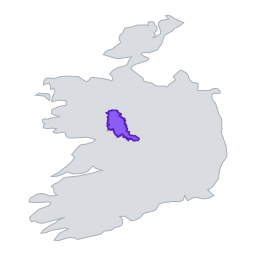 location of Ballinasloe Lea-6, Galway, Ireland
{"feature_id": "5873133B97089647818716", "entity_name": "Ballinasloe Lea-6", "entity_type": "district", "adm_level": 2, "iso_a3": "IRL", "parent_name": "Ireland", "parent_adm1": "Galway", "projection": "natural_earth1", "projection_center": [-8.386, 53.453], "detail": "fine", "context": "in_parent", "style": "filled", "palette": "violet", "viewbox_px": 256, "rotation_deg": 0, "n_neighbors": 0, "source": "geoboundaries", "source_scale": "gbopen_adm2", "svg_char_len": 8658}
<svg xmlns="http://www.w3.org/2000/svg" viewBox="0 0 256 256"><path d="M172.3,31.0L165.3,34.7L164.2,36.1L162.2,41.8L162.0,43.4L157.6,49.6L155.1,50.9L151.3,51.9L149.2,52.9L146.5,52.4L143.2,52.5L141.5,53.6L141.6,54.5L142.6,55.5L148.8,58.4L148.5,59.6L146.7,60.9L135.5,64.3L132.2,66.4L131.0,67.7L132.2,70.0L141.2,76.8L142.7,77.5L144.0,81.4L152.0,83.1L155.2,85.6L158.0,86.2L164.1,85.9L166.5,86.9L167.9,86.2L168.7,84.9L175.4,80.0L173.3,76.5L180.1,70.3L182.0,70.4L185.2,72.3L187.9,74.9L188.8,78.4L191.3,81.5L192.9,82.6L197.3,83.2L198.3,84.4L197.6,89.0L198.2,90.5L209.3,90.4L213.8,88.4L217.6,88.7L219.5,90.8L220.4,92.9L217.1,93.6L213.6,93.2L212.0,94.6L211.9,97.2L213.1,100.7L215.4,103.1L217.3,108.5L218.9,114.6L221.4,118.3L221.9,122.8L221.6,125.0L222.1,129.1L221.1,130.5L221.9,134.3L226.1,146.4L227.0,156.0L225.0,159.5L222.4,162.9L220.7,166.9L219.4,171.3L218.6,178.3L212.9,186.5L210.4,188.5L207.6,189.8L213.9,195.5L208.8,198.1L203.2,198.9L197.0,197.5L193.1,197.6L188.3,200.6L187.1,200.1L184.8,195.4L183.1,200.2L179.5,201.8L173.4,201.4L163.2,202.7L159.3,204.1L157.7,206.3L156.5,208.8L154.9,210.3L153.1,211.1L145.2,212.9L143.6,213.7L140.0,217.7L135.2,220.1L131.2,220.8L127.7,218.4L126.2,217.0L124.6,216.3L119.2,216.4L120.9,217.1L122.0,218.8L122.5,222.0L121.9,225.1L119.2,226.7L116.0,227.0L111.0,230.3L104.3,231.1L100.7,234.1L78.6,239.2L77.4,239.3L74.3,238.0L71.0,237.4L67.7,237.8L58.5,240.6L54.0,240.1L59.8,233.0L67.4,229.5L68.2,228.5L65.7,228.0L51.2,230.5L46.1,232.6L41.0,233.2L43.4,230.0L49.9,225.6L55.6,222.7L58.1,220.2L64.9,217.2L42.8,223.3L37.0,222.5L35.6,220.8L31.1,221.6L29.4,217.6L36.2,211.4L40.1,208.7L44.7,207.3L49.2,205.2L50.9,202.7L48.8,201.9L35.4,202.6L29.0,202.0L29.4,200.0L30.6,197.8L37.3,194.1L40.8,193.5L44.0,193.8L49.7,196.0L57.2,195.3L54.1,192.9L53.6,188.0L51.2,186.4L54.3,184.1L57.8,182.7L63.7,178.0L65.7,177.3L77.3,176.2L89.8,173.7L102.2,170.3L95.9,168.4L92.8,165.9L87.9,171.0L84.4,172.9L74.5,174.0L71.3,173.4L66.9,171.8L65.5,172.4L64.3,173.6L57.7,176.1L50.8,176.7L58.8,172.2L69.1,164.4L71.3,162.0L74.6,157.7L73.6,155.9L71.5,154.8L78.9,146.1L81.5,144.5L86.2,144.2L89.7,142.8L91.2,142.8L92.6,142.3L95.6,139.7L91.0,138.1L86.1,137.2L71.2,138.1L69.2,137.9L67.4,137.1L66.2,136.0L65.3,133.0L64.2,132.3L60.9,132.3L57.5,133.2L55.2,133.1L52.9,131.9L56.6,128.8L51.9,128.1L47.2,128.7L43.3,127.8L43.1,125.9L45.0,124.0L42.6,122.2L42.2,119.9L44.7,118.8L47.4,119.2L52.9,117.5L60.1,116.7L54.0,115.0L51.6,113.6L51.5,111.5L52.0,109.6L59.0,106.5L66.5,105.1L66.0,103.0L66.5,100.8L59.0,100.1L51.5,101.7L52.3,97.5L54.1,93.6L54.5,91.1L54.1,88.4L50.6,89.5L50.3,85.7L48.8,83.1L43.6,84.9L43.7,81.4L45.2,79.0L48.0,77.9L50.7,78.4L55.7,78.4L60.5,76.5L67.4,76.1L78.5,76.6L86.1,81.8L88.1,80.9L91.1,77.6L92.5,77.3L104.0,78.7L111.1,80.5L113.0,79.9L112.0,76.4L109.6,73.9L112.7,70.6L116.4,68.4L118.9,67.3L124.7,65.9L127.2,64.6L128.9,60.4L131.5,56.9L117.0,58.8L103.3,54.6L105.5,51.7L108.4,50.0L113.4,48.8L113.9,47.3L116.4,46.0L120.6,42.7L119.1,38.3L119.9,35.2L122.9,33.1L123.8,30.1L125.2,27.9L131.3,27.2L137.1,25.1L146.2,24.9L148.5,25.7L148.0,22.1L152.3,21.6L153.9,22.3L154.7,24.9L156.6,26.5L157.2,29.3L155.9,31.5L153.8,33.2L155.8,34.9L152.7,38.0L156.0,36.7L160.7,33.6L160.5,31.1L159.6,28.0L158.3,25.2L158.9,22.1L161.6,20.2L168.5,19.2L165.6,15.7L168.2,15.4L171.0,16.1L175.0,18.8L183.7,22.7L179.5,26.1L174.3,28.5L172.3,31.0ZM49.9,98.9L49.7,100.5L46.4,98.4L44.8,96.2L35.7,95.1L39.5,92.9L41.4,93.6L47.8,93.6L49.6,94.6L49.9,98.9Z" fill="#d9dde1" stroke="#a8b0b8" stroke-width="1"/><path d="M107.4,125.9L107.8,126.1L107.9,126.4L107.5,126.5L107.9,127.0L108.0,127.5L107.9,127.6L107.9,127.9L108.0,128.0L108.0,128.3L108.2,128.7L108.4,128.8L108.3,129.3L108.4,129.2L108.5,129.5L108.7,129.4L109.1,128.9L109.4,128.9L109.5,128.9L109.6,129.1L110.0,129.4L110.1,130.0L110.9,130.1L111.5,130.0L111.5,129.9L111.9,129.7L111.9,129.2L112.0,129.1L112.0,129.6L112.6,129.7L112.8,129.7L112.7,129.5L112.7,129.3L113.1,129.1L113.1,129.3L113.5,129.4L113.5,129.8L113.0,130.1L113.4,130.3L113.5,130.4L113.9,130.4L113.8,131.6L113.7,131.7L113.6,131.9L114.6,132.5L114.5,132.8L114.7,133.1L114.6,133.4L115.2,133.6L115.1,134.0L115.2,134.3L115.3,134.6L115.3,134.8L115.6,135.0L116.3,134.9L116.8,135.1L116.8,135.3L117.0,135.6L117.3,135.7L117.3,136.1L117.5,136.3L117.4,136.4L117.1,136.7L117.3,137.1L117.7,137.1L117.9,136.8L118.5,136.5L118.9,136.7L119.1,136.3L119.0,136.2L119.3,136.1L120.3,136.0L120.4,135.9L120.2,135.7L120.4,135.6L120.4,135.4L120.0,135.3L120.0,135.1L120.4,135.0L121.1,135.2L121.3,134.9L121.1,134.7L121.4,134.4L121.7,134.3L121.8,134.1L122.3,134.2L122.4,134.5L122.3,134.8L122.8,134.9L123.0,135.1L123.3,135.1L123.3,135.3L123.6,135.4L123.3,136.0L124.1,136.2L124.3,136.2L124.4,136.3L124.2,136.5L123.8,136.8L123.7,136.9L123.7,137.1L123.1,136.9L123.1,137.1L123.7,137.2L123.9,137.1L124.0,137.3L124.2,137.2L124.2,137.3L124.4,137.3L124.5,137.4L124.9,137.3L124.9,137.0L125.1,137.0L125.7,137.1L125.8,137.2L126.6,137.5L126.4,137.7L127.2,137.7L127.2,137.9L127.3,138.2L126.5,138.2L126.5,138.4L127.3,138.3L127.4,138.6L127.5,138.7L127.8,138.7L127.4,139.1L127.2,139.1L127.1,139.4L127.7,139.6L127.9,139.7L128.2,140.4L128.7,139.7L128.9,139.5L129.1,139.4L129.9,139.5L130.0,139.4L130.0,139.1L129.8,138.8L130.2,138.9L130.2,138.6L130.6,138.5L130.9,138.3L130.9,138.8L131.2,138.7L131.7,138.8L131.8,139.0L131.9,139.3L132.1,139.3L132.5,139.5L132.4,139.7L132.5,139.8L132.9,139.7L133.3,140.1L133.1,140.1L133.2,140.3L133.1,140.5L133.5,140.6L133.8,140.6L134.0,140.7L134.7,140.7L134.8,140.9L135.4,140.5L135.8,140.4L136.1,140.5L136.6,140.4L137.6,140.5L138.0,140.5L138.4,140.0L138.8,139.6L139.0,139.2L139.0,138.9L139.1,138.6L138.9,138.2L138.4,137.8L137.7,137.6L137.5,137.3L137.2,137.1L136.4,137.0L136.3,136.5L136.1,136.4L135.7,136.0L135.1,135.8L135.1,136.0L134.9,136.0L134.7,135.9L134.2,135.9L133.7,135.8L133.3,135.7L133.2,135.6L131.6,135.4L131.2,135.5L130.9,135.5L130.8,135.4L130.7,135.1L129.8,135.0L129.5,134.8L129.5,134.7L129.4,134.6L129.4,134.3L129.1,134.2L129.1,133.9L128.8,133.9L129.0,133.6L129.1,133.3L129.0,133.2L129.0,132.7L129.2,132.2L128.9,132.3L128.6,131.6L128.3,131.6L128.0,131.8L127.9,131.6L127.1,131.5L127.3,131.3L127.4,131.1L127.2,130.9L126.9,130.9L126.9,130.6L126.7,130.5L126.6,130.4L126.5,130.0L127.0,129.6L127.2,129.3L127.2,129.2L127.4,129.1L127.5,128.8L127.5,128.7L127.2,128.5L127.2,128.3L126.9,128.2L126.8,127.8L126.5,127.8L126.1,127.8L126.0,127.7L126.0,127.3L126.0,127.2L125.9,127.0L125.8,126.8L125.8,126.6L126.4,126.3L126.6,126.4L126.8,126.2L126.7,125.8L126.3,125.6L126.2,125.5L125.8,125.3L125.7,125.1L125.8,125.0L125.6,124.9L124.7,124.4L125.0,124.1L125.4,123.9L125.2,123.8L124.9,123.4L125.0,123.3L125.2,123.1L124.9,122.8L124.8,122.6L124.4,122.2L124.5,121.8L124.5,121.7L124.9,121.7L125.1,121.6L125.1,121.4L124.3,121.0L124.5,120.7L124.8,120.6L124.2,120.3L124.3,120.2L124.5,120.1L124.2,119.9L124.3,119.6L123.9,119.4L123.7,119.3L123.8,119.2L124.2,118.9L124.6,119.2L124.9,119.0L124.5,118.7L124.0,118.6L124.0,118.4L123.8,118.4L123.8,118.2L123.4,118.2L122.6,118.3L122.2,118.2L122.4,117.7L122.2,117.5L121.8,117.4L121.7,117.3L121.6,117.0L121.4,117.1L121.0,116.9L120.8,117.0L120.5,117.0L120.3,116.6L120.5,116.0L120.2,115.9L119.9,115.6L120.1,115.5L120.0,115.4L119.7,115.4L119.1,115.5L119.2,115.4L119.6,115.3L119.6,115.1L119.7,114.8L119.9,114.6L120.3,114.7L120.6,114.4L121.1,114.6L121.3,114.3L121.3,114.0L120.9,113.8L120.6,113.9L120.4,113.8L120.4,113.7L120.2,113.5L119.9,113.4L119.7,113.3L119.7,113.2L118.9,113.1L118.4,112.9L118.1,112.7L117.9,112.5L117.9,112.3L118.0,112.2L117.5,112.0L117.5,111.9L117.6,111.7L117.0,111.4L116.9,111.2L117.1,111.2L117.4,111.3L117.7,111.0L117.2,110.8L117.2,110.7L116.9,110.6L117.0,110.5L116.6,110.3L115.6,110.3L114.2,110.5L113.5,110.1L112.8,110.1L112.4,110.3L112.0,110.2L111.8,110.1L111.3,110.4L111.4,110.7L110.4,110.6L110.2,110.8L109.0,110.9L109.0,111.2L108.5,111.5L108.7,111.8L108.7,112.0L108.3,112.2L108.1,112.4L108.1,112.5L107.6,112.6L107.3,112.6L106.3,112.9L106.4,113.0L106.7,113.5L106.9,113.6L107.8,113.8L107.9,113.7L108.1,113.7L108.3,114.1L108.7,114.1L108.6,114.3L108.6,114.5L108.6,114.9L108.5,115.0L108.4,115.3L108.5,115.5L108.4,115.6L108.5,115.8L108.5,116.2L108.3,116.4L108.4,116.6L108.0,116.8L108.4,117.0L108.3,117.4L107.5,117.6L107.6,117.8L107.8,118.0L107.8,118.4L107.8,118.7L107.8,118.9L108.2,119.0L108.4,119.1L108.5,119.7L107.8,119.7L107.7,119.8L107.6,120.2L107.7,120.3L107.6,120.5L107.6,120.8L107.7,121.0L108.0,121.1L107.8,121.3L107.7,121.6L107.5,121.9L107.6,122.3L107.6,122.9L107.4,122.8L107.2,122.9L107.1,123.7L107.2,123.9L107.5,123.8L107.3,123.7L107.8,123.7L107.9,124.1L108.0,124.1L108.0,124.3L108.3,124.4L108.6,124.5L108.9,124.3L109.0,124.8L109.2,125.4L109.1,125.5L108.8,125.5L108.4,125.7L108.0,125.9L107.7,125.8L107.4,125.9Z" fill="#8b5cf6" stroke="#5b21b6" stroke-width="1.5"/></svg>